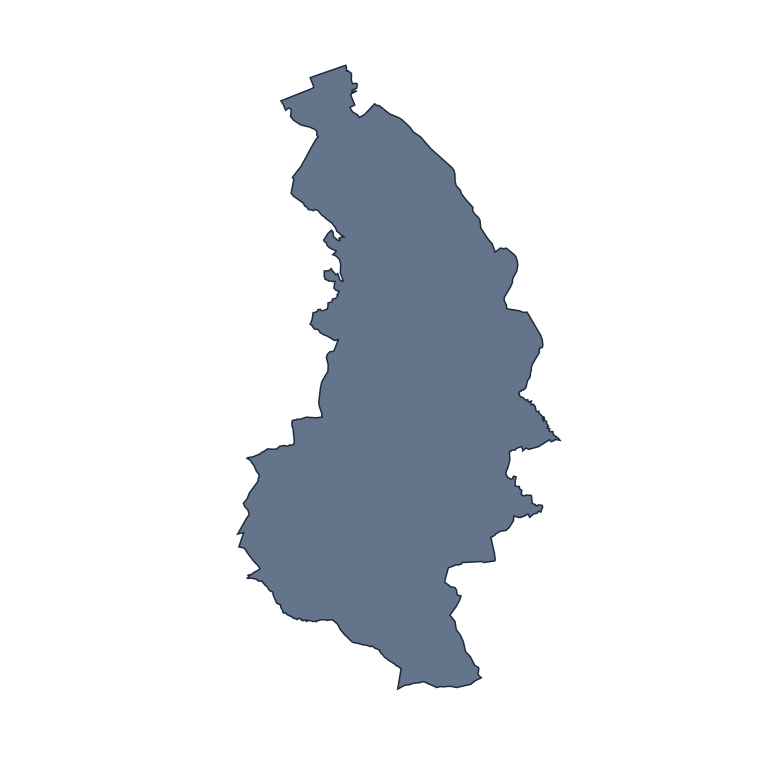 Balanesti, Gorj, Romania (Natural Earth projection), rotated 119°
{"feature_id": "2599482B82822475618537", "entity_name": "Balanesti", "entity_type": "district", "adm_level": 2, "iso_a3": "ROU", "parent_name": "Romania", "parent_adm1": "Gorj", "projection": "natural_earth1", "projection_center": [23.427, 45.073], "detail": "fine", "context": "isolated", "style": "filled", "palette": "slate", "viewbox_px": 768, "rotation_deg": 119, "n_neighbors": 0, "source": "geoboundaries", "source_scale": "gbopen_adm2", "svg_char_len": 6171}
<svg xmlns="http://www.w3.org/2000/svg" viewBox="0 0 768 768"><g transform="rotate(119 384 384)"><path d="M620.1,409.4L619.6,408.0L618.5,406.9L616.6,401.1L617.3,398.5L615.7,395.5L617.9,389.4L617.9,387.9L619.6,385.3L620.2,382.7L619.8,380.7L620.1,380.1L622.0,378.9L627.5,371.9L627.7,370.1L627.3,367.5L629.7,365.6L630.7,363.5L632.8,361.5L633.0,360.6L631.8,358.9L632.7,357.4L632.3,350.6L632.9,349.8L632.2,348.3L632.1,345.5L630.7,345.3L629.8,344.2L630.1,343.1L629.7,342.4L630.5,341.9L630.1,341.0L630.5,340.3L628.8,338.9L629.1,337.9L628.4,337.5L629.0,336.6L627.6,336.3L627.6,335.1L627.0,334.5L626.3,332.6L626.2,331.0L624.5,328.6L624.7,327.9L622.8,327.2L622.0,325.8L621.1,325.3L618.7,321.1L618.2,319.6L618.5,319.1L617.0,317.7L615.2,314.7L616.5,308.4L619.8,303.3L621.9,298.3L625.0,287.3L624.9,285.0L623.5,281.3L622.3,275.8L621.0,272.9L620.2,268.3L619.5,268.1L618.9,267.3L619.5,264.1L618.8,258.6L619.8,258.3L621.3,255.5L621.1,254.6L622.6,251.5L623.5,244.9L623.7,239.2L624.5,236.9L624.1,234.7L624.8,231.0L644.2,224.1L637.3,219.7L634.7,216.0L631.7,213.5L628.1,208.2L625.5,205.6L625.0,204.5L623.9,190.7L621.5,188.3L619.6,184.4L617.4,181.4L615.7,178.1L614.4,173.5L604.7,162.6L599.4,160.4L593.8,156.5L592.9,160.1L592.1,161.2L587.5,162.8L586.2,163.8L586.0,168.4L580.6,176.3L578.5,182.9L571.1,189.5L566.8,195.1L563.7,201.8L557.4,206.6L554.1,214.3L544.1,213.0L537.2,213.0L532.1,213.8L533.0,217.9L529.2,220.6L527.8,222.8L528.0,224.7L529.0,226.9L528.0,234.3L527.2,235.2L513.7,238.6L507.0,233.0L506.1,231.1L504.1,229.1L502.3,229.1L491.6,212.0L492.0,210.5L485.1,201.4L484.0,201.4L478.4,205.4L466.3,216.3L465.3,215.3L462.1,213.6L461.1,213.6L456.3,210.8L452.9,206.3L448.8,204.9L441.0,204.5L436.6,206.3L435.8,204.0L435.8,202.2L434.2,199.5L430.0,196.2L428.1,195.4L428.0,194.8L430.0,191.9L425.0,190.1L422.9,187.5L420.1,187.1L420.1,184.8L414.6,185.6L414.0,186.2L413.5,187.1L414.7,190.0L416.9,191.9L416.1,193.1L416.6,196.4L410.2,200.9L410.1,201.5L412.3,206.0L414.0,207.0L414.2,210.4L410.2,211.9L410.0,214.4L408.1,216.0L409.4,219.1L409.2,220.1L406.1,221.9L401.2,223.5L401.5,225.5L402.7,226.1L404.3,225.5L405.6,226.7L405.7,230.2L404.4,232.7L402.5,234.5L397.1,235.1L389.4,237.1L383.0,241.2L381.3,240.9L381.1,240.3L380.1,240.3L377.9,237.0L376.3,237.1L372.1,233.5L374.1,230.9L375.2,230.3L371.0,228.6L371.1,225.9L363.7,218.3L352.4,212.2L353.5,210.4L353.3,209.6L350.8,207.7L349.6,207.5L347.9,202.8L346.9,205.4L346.3,210.2L345.7,211.9L343.7,213.3L344.9,215.0L344.6,217.5L342.8,217.4L343.3,220.2L341.3,219.6L339.8,222.6L338.1,223.4L337.6,226.6L339.1,226.7L337.6,228.6L336.8,228.7L336.4,227.2L335.4,227.8L335.5,230.0L334.4,233.7L334.1,234.5L332.7,235.4L333.8,236.1L333.9,237.8L330.3,240.9L329.5,243.1L329.4,244.0L330.8,245.4L329.6,246.4L327.5,246.8L329.8,249.1L328.0,250.7L329.5,252.3L328.5,255.7L328.8,258.5L328.1,260.5L326.9,260.6L326.4,262.0L325.2,261.8L323.8,260.6L323.0,260.9L321.6,259.0L318.3,258.1L311.8,260.0L307.6,259.6L304.5,260.5L303.4,261.5L301.0,261.6L297.2,263.5L294.5,263.8L281.3,263.4L277.8,265.3L275.1,263.3L273.0,263.9L268.6,267.0L265.5,270.5L251.8,293.7L253.9,297.0L254.3,301.0L258.7,313.1L255.6,315.2L252.8,319.4L249.8,320.8L237.9,320.4L233.4,320.8L229.4,322.5L220.9,322.6L215.4,324.5L212.2,326.7L208.7,330.4L207.8,332.6L205.9,342.8L207.9,345.5L208.7,348.2L214.7,350.7L209.0,357.3L206.6,363.6L200.6,375.0L194.2,379.5L192.6,382.2L191.6,386.2L190.3,389.3L189.1,390.6L186.3,392.1L183.1,401.7L180.2,408.2L177.6,411.2L175.6,416.9L172.3,420.1L166.0,423.8L163.0,426.6L161.9,429.3L155.5,457.1L150.1,471.9L149.4,480.3L146.8,485.9L144.0,497.0L143.9,499.5L145.0,510.1L142.8,523.3L143.8,525.0L143.5,528.0L157.8,531.7L162.8,534.8L161.5,537.4L161.2,543.3L159.5,546.7L158.3,547.8L154.2,544.8L147.6,552.9L145.7,553.2L141.5,550.2L141.3,550.8L143.9,553.6L142.3,554.4L139.1,551.5L138.2,551.2L134.5,553.0L134.7,554.6L136.8,557.1L134.2,559.8L128.1,563.0L127.6,567.5L128.5,568.4L125.4,570.2L123.8,572.0L151.8,597.1L158.1,589.6L159.0,589.4L160.8,590.5L186.4,611.5L188.1,608.0L192.3,602.7L189.0,601.3L188.6,600.2L189.1,598.1L195.4,595.4L197.2,590.7L197.8,582.3L195.4,573.9L194.9,567.8L195.5,565.3L199.0,563.3L200.0,561.3L202.3,562.0L209.1,562.3L234.2,562.1L247.7,564.3L248.7,562.1L262.3,557.7L263.6,554.1L264.9,542.2L266.7,539.7L266.7,537.4L268.1,534.5L267.0,532.1L266.7,529.8L264.8,529.2L264.3,525.7L266.6,520.0L266.7,517.0L267.4,515.6L268.5,507.6L271.1,501.8L273.4,499.2L273.5,497.2L274.7,493.2L274.4,491.8L274.7,490.2L276.6,492.8L278.0,493.9L278.6,493.9L279.4,492.2L280.9,493.3L279.6,499.5L275.7,502.4L275.0,504.6L279.4,506.0L287.4,506.5L288.3,505.2L288.5,503.0L290.5,500.6L291.1,498.4L291.3,496.7L290.8,490.4L291.0,490.1L295.8,491.5L295.3,489.4L295.5,487.1L296.8,483.2L300.6,479.7L308.2,476.0L313.5,469.6L314.4,469.8L314.4,473.1L309.9,478.0L311.7,479.1L309.6,484.8L308.6,486.1L311.6,487.0L314.0,491.0L318.7,488.6L321.0,486.1L320.5,483.6L320.9,482.4L319.5,480.3L319.5,478.9L318.1,476.7L324.5,474.2L325.4,471.0L324.6,468.4L325.0,468.0L328.8,468.3L329.5,467.1L330.4,467.2L333.0,468.2L334.7,470.3L337.6,469.4L340.1,472.3L343.4,470.6L346.1,470.0L349.8,473.3L350.2,474.7L349.5,475.8L351.1,477.9L352.7,477.6L354.6,478.8L355.9,480.6L361.9,478.3L367.7,477.5L367.7,475.6L369.2,472.7L369.6,470.8L368.2,468.2L369.9,465.0L370.2,461.1L369.6,457.0L369.9,448.6L369.2,447.2L367.3,445.5L379.1,443.8L380.2,444.3L381.9,446.9L385.4,447.9L388.7,447.3L394.0,442.3L399.7,439.3L412.4,439.4L417.9,437.8L431.4,432.3L434.7,429.9L439.2,424.9L442.8,422.1L446.2,426.5L450.7,435.9L455.8,440.5L456.9,443.0L458.2,443.5L458.9,445.1L460.4,446.4L462.2,446.0L466.1,443.5L466.7,442.2L477.1,435.0L479.4,433.9L481.9,434.4L482.8,435.9L482.7,436.6L485.5,438.5L485.9,440.7L486.7,442.2L489.1,445.1L492.8,446.3L495.0,449.7L497.3,454.5L501.2,456.3L502.6,457.6L505.7,458.8L511.5,463.6L514.4,467.3L515.4,467.8L515.4,465.0L515.9,462.9L517.1,461.4L518.4,457.9L522.2,453.3L523.8,449.5L524.9,448.6L527.6,448.2L529.9,447.0L544.4,448.9L550.9,448.0L556.4,449.2L558.7,446.4L560.3,441.8L563.7,438.5L567.3,439.1L586.2,439.3L582.0,434.7L596.8,432.0L595.5,427.4L595.7,425.6L598.2,421.1L602.2,412.0L604.0,406.0L605.6,403.1L607.0,403.3L612.4,406.7L614.7,407.4L616.9,410.1L617.2,410.1L616.9,408.9L620.1,409.4Z" fill="#64748b" stroke="#1e293b" stroke-width="1.5"/></g></svg>